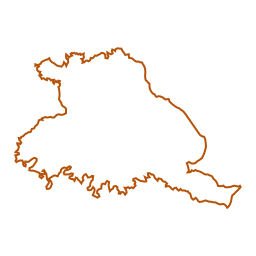 outline of Santa Maria do Oeste, Paraná, Brazil
{"feature_id": "56859067B61626353113950", "entity_name": "Santa Maria do Oeste", "entity_type": "district", "adm_level": 2, "iso_a3": "BRA", "parent_name": "Brazil", "parent_adm1": "Paraná", "projection": "robinson", "projection_center": [-51.949, -24.903], "detail": "fine", "context": "isolated", "style": "outline", "palette": "amber", "viewbox_px": 256, "rotation_deg": 0, "n_neighbors": 0, "source": "geoboundaries", "source_scale": "gbopen_adm2", "svg_char_len": 5713}
<svg xmlns="http://www.w3.org/2000/svg" viewBox="0 0 256 256"><path d="M185.5,114.1L183.9,112.1L182.9,111.0L181.4,110.1L179.1,108.3L177.3,107.6L175.7,106.7L172.9,104.7L169.6,101.7L168.7,99.0L166.9,99.3L165.0,99.4L163.2,97.7L160.2,96.4L158.5,96.2L156.6,96.9L155.5,96.0L154.8,94.5L153.1,93.7L151.8,92.4L150.5,90.3L149.7,88.0L149.5,86.0L149.4,83.6L148.2,82.7L146.9,81.2L145.6,79.9L145.2,77.4L145.1,75.4L145.3,73.8L145.3,70.8L145.0,68.3L144.0,65.9L142.8,64.1L142.1,62.5L140.5,62.4L138.4,61.5L136.3,61.7L134.2,60.3L132.1,58.4L129.1,57.9L128.8,55.9L128.8,54.3L125.2,54.9L124.3,53.4L122.0,50.1L121.4,48.7L119.5,48.6L117.5,48.3L115.6,49.2L115.2,51.0L114.1,50.2L112.3,49.5L111.8,51.2L112.7,53.4L110.9,54.3L109.1,53.5L107.4,52.4L107.5,54.4L108.4,56.4L107.6,58.4L105.5,58.0L105.3,55.8L105.0,54.3L103.6,53.2L101.5,52.9L99.9,54.2L98.3,54.8L96.7,55.8L95.1,55.5L93.6,57.3L92.5,58.3L90.8,57.9L90.2,60.1L88.6,61.3L87.1,60.5L85.6,60.9L84.1,62.4L82.5,62.7L83.0,61.1L81.4,58.9L83.4,58.6L83.9,57.1L83.5,55.6L83.7,53.6L80.5,54.9L79.9,53.6L78.2,54.5L76.9,53.2L75.8,54.0L74.5,52.9L73.3,53.3L71.9,52.9L70.7,53.9L72.1,55.6L70.6,56.1L69.0,57.4L67.8,55.9L66.2,54.4L66.0,56.3L66.5,58.8L67.9,59.0L68.1,60.7L68.1,62.5L67.0,64.2L66.3,65.9L65.4,63.8L64.0,62.2L63.2,64.7L61.4,66.7L59.6,66.2L57.3,65.7L55.5,64.5L54.0,63.2L52.1,62.3L50.4,60.7L49.2,58.2L47.7,59.3L45.9,59.9L43.3,61.0L41.3,62.3L40.8,63.7L38.6,64.7L37.4,65.1L39.0,66.4L37.1,67.9L37.3,70.3L38.5,71.4L40.3,71.8L39.6,73.2L41.4,75.0L39.4,75.5L40.8,77.3L41.7,78.9L43.4,78.2L45.3,79.5L46.9,80.1L47.1,78.4L49.5,78.7L50.8,80.4L52.3,79.9L53.8,79.8L52.9,82.1L54.0,83.7L54.8,82.2L55.8,80.9L56.9,82.1L58.4,80.6L59.8,81.1L58.7,82.7L60.1,83.7L59.7,86.0L58.4,87.0L59.0,88.7L59.4,91.8L59.6,94.5L59.4,96.9L59.0,99.3L61.2,102.8L61.8,105.0L63.2,106.5L64.7,107.2L66.1,108.9L66.0,110.9L66.0,113.2L63.7,114.4L61.7,114.9L58.2,114.3L56.7,115.0L55.5,116.1L54.2,117.4L52.5,117.6L50.6,116.9L49.2,117.2L47.5,117.6L45.2,117.1L43.5,117.8L42.1,118.2L42.5,120.0L40.7,119.5L38.9,120.3L38.0,123.2L37.0,124.9L35.2,126.2L34.2,128.3L31.8,129.0L30.6,132.0L28.4,132.3L24.7,134.5L23.1,136.3L21.3,136.8L20.7,138.3L18.8,138.0L19.2,139.8L20.2,140.9L21.3,142.8L20.1,144.2L18.8,143.3L17.2,143.3L17.7,145.1L18.9,146.5L18.5,148.4L17.9,150.0L16.6,150.8L15.6,152.1L17.2,152.6L18.6,152.8L19.0,154.3L17.1,155.0L15.4,155.2L16.6,159.0L15.5,160.9L16.4,162.1L17.8,161.3L19.2,160.8L20.6,160.4L22.3,160.6L23.2,162.3L23.2,164.6L24.2,166.1L25.5,166.4L25.8,164.8L25.2,163.1L25.3,161.5L28.4,161.9L31.9,159.2L33.6,158.1L35.1,158.0L36.6,158.8L36.7,160.6L35.9,162.0L32.9,166.4L29.6,168.0L29.3,170.2L30.8,170.6L33.0,170.6L37.0,171.8L40.0,173.6L42.5,174.1L44.4,174.1L45.1,172.0L46.4,174.4L46.8,177.1L47.0,179.2L48.8,181.3L48.8,183.0L46.3,186.7L46.8,188.8L48.3,188.9L49.6,188.4L50.6,187.4L51.9,184.0L51.2,181.6L50.1,180.5L49.1,178.6L53.3,175.9L54.8,175.4L57.7,176.3L59.1,173.2L60.5,172.2L61.0,169.9L62.0,168.6L64.1,167.5L66.7,168.1L67.9,167.2L69.6,166.3L70.9,167.2L70.1,168.9L68.2,169.8L66.6,170.0L65.0,170.5L63.7,172.8L64.3,174.4L67.1,174.5L69.7,174.1L71.3,173.4L72.9,173.8L72.3,175.8L69.9,176.5L69.4,178.1L71.4,179.1L72.8,179.0L74.5,180.9L75.7,177.6L77.1,178.1L78.2,179.8L79.5,180.9L81.4,183.4L82.3,181.5L83.5,180.2L82.6,177.9L83.1,176.5L84.5,174.8L86.0,174.2L88.0,177.5L90.6,177.1L91.8,175.9L93.2,176.1L92.6,180.2L91.3,181.1L90.3,183.6L90.1,185.9L88.8,187.1L87.5,187.9L87.8,189.8L89.5,190.3L91.4,189.6L93.1,187.1L94.5,188.8L94.6,190.7L92.8,195.3L97.5,197.6L99.4,196.5L98.7,194.3L97.1,193.1L97.2,191.0L98.5,189.4L101.3,188.5L101.4,185.6L102.1,183.9L103.8,183.7L105.2,184.2L105.8,182.6L107.1,181.0L109.1,182.0L108.6,185.0L108.8,186.6L109.3,188.8L109.9,191.1L111.4,189.5L112.9,188.6L113.7,186.5L115.7,186.0L117.4,187.1L117.4,189.6L119.3,191.5L118.7,193.5L120.3,193.8L121.3,192.1L123.1,192.1L124.3,193.2L125.1,194.6L126.6,192.8L126.3,190.6L124.7,187.7L126.9,187.9L128.1,187.1L129.6,188.3L131.6,187.3L133.2,188.2L135.6,185.5L134.5,184.1L135.4,182.8L134.8,181.2L133.2,180.6L133.4,178.9L136.0,178.2L138.0,179.6L140.2,180.8L144.6,181.6L146.3,181.3L146.0,179.6L145.0,177.1L146.5,177.9L149.5,177.2L148.1,175.4L147.9,173.3L149.5,173.2L151.4,174.5L152.7,174.5L153.9,175.5L154.7,177.6L155.7,178.8L157.6,180.7L158.5,178.4L161.3,179.1L163.0,181.3L165.4,181.9L167.1,183.6L165.8,185.0L165.8,186.6L167.7,186.1L169.3,186.3L170.5,187.4L171.8,189.0L173.1,189.6L174.2,188.2L176.1,187.7L177.3,189.4L178.7,190.6L180.6,189.0L181.6,190.3L182.9,190.5L184.6,190.4L186.1,191.3L188.0,191.3L188.7,192.8L190.1,193.5L190.9,195.8L191.5,198.1L193.2,199.7L194.5,198.9L195.7,197.8L197.1,199.3L198.1,201.0L199.3,201.9L201.6,201.7L203.6,201.1L205.5,200.4L207.3,201.0L208.6,201.6L210.3,201.6L214.0,202.4L215.6,202.4L216.8,203.1L218.5,203.9L220.5,204.5L221.9,204.0L223.7,204.1L225.5,205.1L227.2,207.7L228.6,206.4L229.8,204.6L230.5,203.0L231.2,200.7L231.6,197.8L232.4,195.2L234.3,193.8L235.6,192.2L237.2,190.9L240.6,187.1L239.9,185.8L238.4,186.6L234.3,185.7L232.8,186.1L231.2,186.7L228.9,187.1L226.3,187.4L224.6,186.9L223.5,185.6L221.5,186.1L219.8,186.1L218.0,185.9L217.5,184.1L216.3,181.7L215.4,180.6L213.6,179.0L212.5,177.0L211.5,175.9L209.4,175.3L207.7,174.4L206.2,174.5L204.4,174.2L202.4,172.8L200.8,172.1L199.6,171.4L197.7,171.1L195.5,170.0L193.9,171.1L191.7,170.3L190.7,171.9L189.0,172.3L187.7,172.4L188.9,170.7L188.0,166.4L186.8,163.2L188.9,162.0L191.6,163.5L193.1,163.5L194.5,163.4L196.0,162.6L197.4,161.1L199.3,160.1L200.5,159.2L202.0,158.0L204.0,153.9L204.9,151.0L205.6,148.6L206.0,146.1L205.8,144.2L205.6,142.4L205.3,139.8L204.2,136.8L202.7,136.5L201.3,135.9L199.8,134.7L185.5,114.1ZM45.1,172.0L42.7,171.1L43.9,170.1L45.1,172.0ZM40.0,173.6L39.5,176.7L41.5,178.2L43.2,176.7L40.0,173.6ZM37.4,65.1L35.4,64.3L35.4,65.9L37.4,65.1Z" fill="none" stroke="#b45309" stroke-width="2"/></svg>